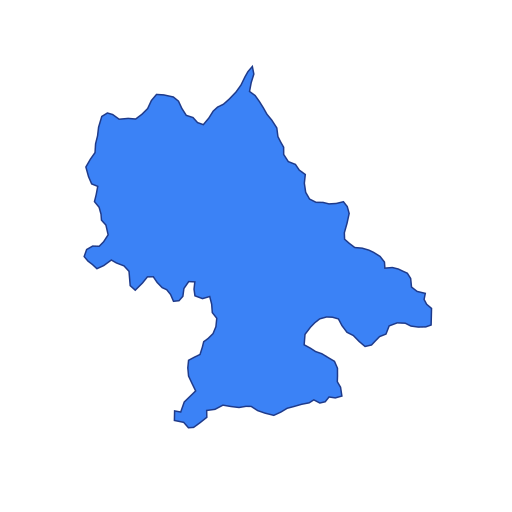 Santana do Garambéu, Minas Gerais, Brazil (Robinson projection), rotated 14°
{"feature_id": "56859067B9374705932151", "entity_name": "Santana do Garambéu", "entity_type": "district", "adm_level": 2, "iso_a3": "BRA", "parent_name": "Brazil", "parent_adm1": "Minas Gerais", "projection": "robinson", "projection_center": [-44.061, -21.638], "detail": "fine", "context": "isolated", "style": "filled", "palette": "blue", "viewbox_px": 512, "rotation_deg": 14, "n_neighbors": 0, "source": "geoboundaries", "source_scale": "gbopen_adm2", "svg_char_len": 2623}
<svg xmlns="http://www.w3.org/2000/svg" viewBox="0 0 512 512"><g transform="rotate(14 256 256)"><path d="M232.0,439.0L236.9,437.4L242.1,431.2L247.3,424.4L245.5,417.8L253.3,414.7L260.0,408.7L268.1,408.1L276.2,407.1L282.6,404.3L287.7,403.1L295.0,405.6L302.8,406.3L311.8,406.3L317.8,401.5L323.1,396.2L329.3,392.8L336.2,388.8L343.1,385.6L346.9,381.6L353.5,383.2L358.4,380.7L361.0,375.1L367.3,374.5L373.2,371.1L369.8,362.9L365.3,358.3L364.1,352.7L362.2,345.2L357.6,339.2L351.2,337.3L343.5,334.9L336.9,334.3L331.1,332.3L324.2,330.5L322.5,320.2L326.1,311.8L329.2,306.5L333.0,301.6L339.2,298.1L344.9,296.9L351.2,297.1L356.3,302.8L362.7,308.0L369.7,309.6L376.8,314.0L383.7,317.4L389.6,314.4L392.3,309.6L395.4,304.3L401.0,300.3L402.1,291.6L409.2,286.7L417.1,285.1L423.3,286.5L430.6,285.7L437.9,283.7L442.6,280.6L440.7,272.0L439.0,264.4L433.3,261.6L429.6,257.5L429.3,251.3L420.9,251.4L414.4,248.5L411.5,240.4L407.0,236.1L402.1,235.2L397.2,234.2L391.1,234.2L384.0,236.6L382.1,230.8L376.5,226.4L369.1,224.0L364.1,223.0L357.1,222.7L349.8,223.9L343.3,221.1L337.9,218.3L336.1,212.1L336.4,202.1L336.1,192.2L332.6,186.0L327.7,182.2L321.2,185.6L314.2,187.8L308.0,187.8L301.3,189.4L294.2,187.8L288.8,182.2L285.3,173.7L284.1,165.0L277.2,162.2L272.1,157.6L264.5,156.6L258.3,150.8L256.5,143.8L252.4,139.5L248.4,134.9L245.2,126.7L238.5,120.4L232.3,115.8L227.3,110.5L221.8,105.2L216.3,100.5L209.9,97.9L209.4,89.0L209.9,80.0L206.6,73.0L203.6,79.0L202.0,84.7L200.1,93.7L196.9,101.8L192.1,110.2L187.7,116.6L182.7,120.8L179.4,125.8L176.9,133.5L173.1,141.3L167.0,140.7L161.4,136.9L154.3,136.4L148.3,130.7L143.3,124.5L137.3,121.7L127.6,122.0L120.4,123.3L116.9,130.4L115.2,139.2L111.1,146.0L106.1,152.2L98.7,153.4L90.1,156.4L82.7,153.4L77.2,153.2L72.6,157.9L72.1,169.1L73.2,177.7L73.2,185.9L74.8,194.6L71.9,202.1L69.4,210.8L74.3,219.5L79.1,225.8L85.6,226.7L86.1,235.2L86.1,242.3L92.0,246.7L95.5,252.9L97.4,258.6L102.9,262.3L107.4,271.2L104.7,279.1L101.5,284.5L95.1,285.9L90.1,290.7L89.4,298.1L94.2,301.6L99.3,303.8L104.7,306.8L110.6,302.1L116.6,294.9L122.2,296.5L130.3,297.5L136.5,301.6L139.0,309.0L141.1,315.2L147.1,318.4L152.4,309.6L155.7,302.5L161.4,301.0L166.5,305.6L172.6,309.4L177.5,310.3L182.4,314.0L186.9,319.9L192.1,318.0L194.8,312.8L193.9,305.0L196.9,297.1L202.9,295.9L203.9,303.2L206.4,309.4L214.4,310.3L220.9,306.5L224.7,313.6L227.3,321.5L233.0,325.9L234.2,334.3L233.1,341.7L229.5,347.6L226.0,351.8L226.0,357.6L225.5,365.1L220.9,368.9L215.8,373.5L216.9,381.0L219.6,388.8L224.4,394.7L230.1,401.5L226.0,408.1L221.7,415.0L220.7,425.6L214.5,426.0L216.6,435.3L226.1,434.9L232.0,439.0Z" fill="#3b82f6" stroke="#1e3a8a" stroke-width="1.5"/></g></svg>